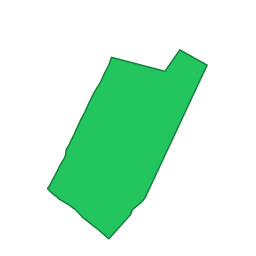 outline of Dumyat Al-Gadida, Dumyat, Egypt, rotated 309°
{"feature_id": "37247803B6997097478011", "entity_name": "Dumyat Al-Gadida", "entity_type": "district", "adm_level": 2, "iso_a3": "EGY", "parent_name": "Egypt", "parent_adm1": "Dumyat", "projection": "mercator", "projection_center": [31.676, 31.437], "detail": "fine", "context": "isolated", "style": "filled", "palette": "green", "viewbox_px": 256, "rotation_deg": 309, "n_neighbors": 0, "source": "geoboundaries", "source_scale": "gbopen_adm2", "svg_char_len": 1409}
<svg xmlns="http://www.w3.org/2000/svg" viewBox="0 0 256 256"><g transform="rotate(309 128 128)"><path d="M221.3,119.2L195.3,121.0L172.6,70.8L170.8,71.4L168.8,72.1L165.3,73.4L163.9,73.7L162.5,74.0L160.5,74.3L159.4,74.6L156.3,75.2L154.6,75.5L153.9,75.9L150.8,76.5L150.1,76.8L147.7,77.5L145.9,77.8L144.6,78.1L142.1,78.4L139.0,78.7L137.3,79.0L136.3,79.0L134.6,79.3L131.8,79.9L128.7,80.5L125.6,81.5L124.5,81.5L122.1,82.1L118.3,83.1L116.9,83.4L115.6,84.0L113.5,84.3L112.4,84.7L110.4,85.0L107.6,85.6L105.9,85.9L104.2,86.2L101.7,86.9L99.7,87.5L96.9,88.1L92.7,89.1L91.0,89.7L88.3,90.4L85.1,91.0L82.7,91.6L81.0,92.0L79.3,92.6L76.9,92.9L75.1,93.2L72.7,93.5L71.3,94.2L71.0,94.5L68.9,95.8L66.8,96.8L64.7,97.5L62.7,97.8L60.2,98.1L58.2,98.4L56.1,98.7L53.7,99.3L50.6,100.0L49.2,100.3L47.8,100.6L46.1,100.9L44.7,101.2L43.3,101.5L41.3,101.8L39.5,102.1L38.1,102.5L36.8,102.8L35.0,103.1L33.3,103.4L31.6,103.4L30.3,103.6L29.6,108.9L29.5,112.7L29.8,116.5L29.4,118.9L31.0,129.9L31.2,134.4L31.5,138.9L30.7,144.7L30.0,149.1L30.1,159.4L30.1,159.5L30.1,163.2L30.3,167.7L30.3,168.5L30.1,175.3L29.9,179.4L29.9,180.4L29.8,181.4L29.8,182.8L34.6,183.1L38.4,183.3L42.5,183.5L47.0,183.7L51.1,183.9L59.3,184.3L62.0,184.5L63.0,184.2L64.5,183.7L65.2,183.5L65.9,183.3L67.3,182.8L68.6,183.1L70.8,183.5L78.6,185.1L81.3,185.2L84.4,185.2L176.3,162.4L192.5,158.4L226.6,149.9L221.3,119.2Z" fill="#22c55e" stroke="#15803d" stroke-width="1.5"/></g></svg>